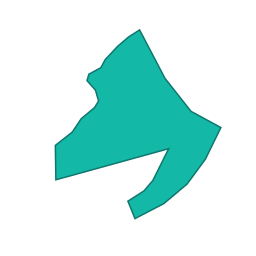 SVG path tracing the border of Mellieħa, rotated 158°
{"feature_id": "MLT-5925", "entity_name": "Mellieħa", "entity_type": "state/province", "adm_level": 1, "iso_a3": "MLT", "parent_name": "Malta", "parent_adm1": "", "projection": "orthographic", "projection_center": [14.362, 35.96], "detail": "fine", "context": "isolated", "style": "filled", "palette": "teal", "viewbox_px": 256, "rotation_deg": 158, "n_neighbors": 0, "source": "natural_earth", "source_scale": "10m", "svg_char_len": 465}
<svg xmlns="http://www.w3.org/2000/svg" viewBox="0 0 256 256"><g transform="rotate(158 128 128)"><path d="M80.5,214.6L75.1,160.2L63.3,119.8L41.7,93.6L67.9,70.1L94.2,53.9L123.0,44.5L155.5,41.4L155.5,60.2L136.8,63.7L124.7,70.0L98.0,93.6L214.3,107.0L201.9,139.1L181.2,145.1L167.8,154.2L151.3,159.5L145.2,164.0L144.0,175.3L148.3,187.3L144.0,192.6L130.6,194.1L123.3,200.1L106.8,207.7L93.4,212.2L80.5,214.6Z" fill="#14b8a6" stroke="#0f766e" stroke-width="1.5"/></g></svg>